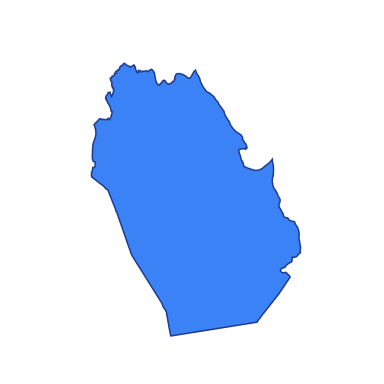 Kayonza, Eastern, Rwanda (Equal Earth projection), rotated 152°
{"feature_id": "39286606B59170295238138", "entity_name": "Kayonza", "entity_type": "district", "adm_level": 2, "iso_a3": "RWA", "parent_name": "Rwanda", "parent_adm1": "Eastern", "projection": "equal_earth", "projection_center": [30.553, -1.862], "detail": "fine", "context": "isolated", "style": "filled", "palette": "blue", "viewbox_px": 384, "rotation_deg": 152, "n_neighbors": 0, "source": "geoboundaries", "source_scale": "gbopen_adm2", "svg_char_len": 5994}
<svg xmlns="http://www.w3.org/2000/svg" viewBox="0 0 384 384"><g transform="rotate(152 192 192)"><path d="M131.7,297.9L133.6,297.5L139.8,293.5L141.6,294.2L142.4,295.2L142.9,296.8L144.2,299.0L145.1,299.9L145.4,300.7L146.3,301.3L147.4,302.4L148.6,303.1L150.1,303.3L150.2,303.5L150.7,303.5L151.0,303.3L151.9,302.4L152.4,302.2L153.1,301.7L153.9,300.4L154.1,299.9L154.3,299.7L154.8,299.6L155.3,298.6L155.5,298.5L155.9,298.5L156.5,298.4L157.2,298.7L157.5,298.3L157.6,298.2L158.3,298.2L158.6,298.0L159.3,297.8L160.2,297.9L160.6,298.1L161.2,297.9L161.4,298.1L161.6,298.1L162.8,299.0L163.3,300.7L163.8,301.5L163.8,301.9L163.4,302.7L163.4,302.9L163.5,303.2L164.1,303.8L164.9,303.8L165.3,303.7L165.8,303.7L166.4,303.8L167.0,302.8L168.3,302.4L168.7,302.7L168.9,302.5L169.1,302.6L169.3,302.4L169.9,301.9L170.4,301.9L170.9,302.2L171.2,302.1L172.1,304.9L171.4,308.2L171.2,309.0L171.0,309.5L170.5,311.6L169.7,313.1L169.6,313.6L169.3,316.9L170.0,319.3L170.8,319.3L171.6,319.6L172.9,319.2L173.5,319.1L173.8,319.2L174.5,319.1L174.7,319.3L175.0,320.3L175.4,320.5L176.5,320.6L177.8,321.3L178.4,321.5L178.7,321.8L179.2,321.8L179.5,321.6L180.1,321.6L180.6,323.2L180.9,323.7L181.8,324.3L182.5,324.5L183.0,322.5L183.6,322.8L184.3,323.7L184.6,323.9L184.2,325.7L184.3,326.9L184.0,327.8L183.7,328.0L183.5,328.6L183.4,329.4L183.5,329.6L183.5,329.8L183.6,331.5L184.5,331.3L188.0,331.3L188.2,331.8L188.2,332.2L188.8,332.9L189.3,333.6L190.0,334.4L190.6,336.0L191.3,337.2L191.5,337.5L192.1,337.3L192.7,337.3L193.0,337.0L193.2,336.6L193.5,336.4L193.9,336.7L194.4,336.7L194.6,336.6L194.8,336.6L195.1,336.5L195.5,336.7L196.1,336.6L197.2,336.0L197.7,335.6L197.8,335.2L198.1,335.1L198.5,334.6L198.9,334.4L199.5,334.5L199.9,334.3L200.5,334.5L200.5,334.2L201.4,333.9L201.5,334.0L201.7,333.9L202.4,334.2L202.7,334.1L202.7,332.9L202.9,332.4L203.7,332.5L204.0,332.7L204.6,333.3L204.8,333.3L205.0,332.5L205.3,332.0L206.1,331.3L207.0,331.2L207.9,331.8L208.4,331.7L208.5,331.4L208.8,330.9L209.2,331.0L209.8,330.7L210.6,330.8L210.5,330.4L211.1,329.9L211.3,328.9L211.4,327.8L211.3,327.6L211.1,327.4L211.1,327.0L211.3,326.6L211.5,326.4L211.6,326.2L211.6,325.2L212.1,325.1L212.5,324.6L213.0,322.9L212.7,322.4L213.2,321.7L213.0,321.2L212.8,321.0L213.2,320.4L212.8,319.9L213.1,319.2L214.0,318.0L214.3,317.2L215.6,316.1L216.2,315.6L216.2,315.4L218.3,313.9L218.4,314.3L217.5,318.6L219.4,319.1L219.4,318.6L222.7,317.1L223.9,316.0L223.9,315.4L224.1,315.2L223.9,315.2L224.5,312.2L224.3,311.1L224.6,310.1L224.4,308.9L224.3,305.8L224.5,304.5L225.4,301.1L225.1,300.9L225.1,300.3L224.7,300.2L228.4,296.3L230.8,294.5L231.0,295.0L231.4,296.5L232.5,296.0L233.6,296.0L234.6,296.5L235.3,297.3L236.3,297.9L236.7,297.9L237.0,298.1L237.3,298.0L237.5,298.7L237.8,298.9L238.6,299.7L239.2,300.0L246.8,297.5L247.4,293.8L248.1,291.4L249.1,289.2L250.0,287.7L252.2,285.2L256.7,281.0L259.5,276.9L263.8,269.3L264.3,268.0L264.7,266.5L264.8,265.4L264.0,264.6L263.7,264.5L263.5,264.2L264.2,262.4L265.2,260.8L266.0,259.8L266.4,259.6L267.1,259.6L268.0,260.3L269.1,259.1L269.2,258.0L269.4,257.8L271.5,256.7L271.8,255.2L272.8,254.6L273.0,254.1L273.1,253.6L273.0,252.9L273.1,252.7L273.5,252.5L267.1,238.1L266.5,235.1L265.3,233.7L267.7,212.0L268.2,210.7L268.2,210.3L267.9,209.8L274.8,165.4L274.5,164.3L274.8,163.8L272.5,131.0L271.2,113.9L270.8,107.0L271.0,106.7L271.1,106.4L271.3,104.6L271.1,101.3L270.9,100.7L271.0,100.1L270.9,98.3L272.9,92.1L277.8,77.0L277.9,76.7L277.8,76.3L277.9,75.7L278.3,75.2L278.2,74.8L195.5,46.5L194.2,47.5L193.2,48.0L192.1,48.4L189.4,49.7L162.9,61.4L145.3,70.8L145.2,71.3L145.5,73.3L146.2,74.4L146.6,76.6L147.4,77.3L149.0,77.5L150.1,78.3L150.7,79.3L150.7,80.1L151.0,81.0L150.4,81.6L149.9,81.8L149.4,82.3L144.8,82.0L144.1,82.6L142.8,83.0L142.0,83.5L141.4,83.3L139.5,83.6L137.3,83.5L136.8,83.9L135.9,84.1L135.8,84.9L134.9,86.0L134.6,86.4L134.5,86.9L134.4,87.0L134.2,87.0L134.0,87.5L133.6,86.9L132.9,86.5L130.6,85.9L129.9,85.9L126.9,87.1L125.5,87.3L124.6,87.6L124.4,88.7L124.2,89.3L123.6,89.7L122.0,92.4L121.7,93.3L121.5,94.2L119.0,101.5L118.5,102.4L117.4,104.0L116.4,106.6L116.0,107.5L115.9,107.9L115.8,109.4L115.4,111.1L115.8,114.2L115.8,114.7L115.8,115.5L115.6,116.7L115.4,117.2L115.9,118.3L117.8,119.3L118.0,119.8L118.1,120.1L118.4,120.3L119.3,121.5L119.5,123.4L119.8,124.3L121.4,125.5L121.9,126.0L122.2,127.0L122.3,128.3L122.2,129.1L122.0,129.4L121.8,130.4L121.8,131.3L121.9,132.0L121.9,133.9L121.8,134.3L122.0,136.1L121.9,139.1L121.8,139.3L121.0,140.1L120.8,140.5L120.2,140.8L119.5,141.5L118.3,143.0L118.0,143.5L117.8,143.9L117.7,144.7L117.8,146.9L117.7,148.7L117.6,149.8L117.4,151.1L117.5,151.4L117.5,154.2L117.9,156.7L117.8,157.6L117.4,160.3L116.8,161.6L116.5,162.8L116.2,163.5L114.4,166.7L114.1,167.0L113.3,167.4L112.7,168.1L112.3,168.8L111.0,170.9L109.4,173.7L108.7,175.0L108.6,175.3L107.8,177.3L106.4,181.8L105.7,183.2L110.2,181.4L114.0,180.9L116.8,180.3L118.3,179.9L120.6,179.8L123.2,180.2L125.6,181.1L127.4,182.6L132.2,187.6L133.7,189.7L134.2,190.2L133.8,191.2L133.6,192.0L133.1,195.5L133.2,196.2L133.4,196.7L133.4,197.5L133.0,198.4L132.6,200.0L132.2,202.1L132.2,202.9L131.7,204.7L131.8,204.7L131.8,205.3L131.7,206.0L130.5,207.2L130.2,207.2L129.8,207.5L128.3,206.7L126.9,206.5L125.1,205.3L124.6,204.5L123.8,205.4L123.6,205.1L123.4,205.0L123.1,205.1L122.9,205.0L122.7,205.1L122.8,205.4L122.6,205.5L122.5,206.3L122.2,206.9L122.2,207.2L122.0,207.8L122.1,208.8L121.9,209.2L122.0,209.5L122.2,210.4L122.4,210.9L122.3,213.1L122.5,213.7L122.9,214.5L122.4,214.9L121.9,215.8L121.8,216.6L121.7,217.8L121.9,219.3L122.5,220.5L123.6,222.3L123.7,222.6L125.0,225.2L126.0,228.8L126.5,232.0L126.5,233.0L126.2,235.0L126.1,237.6L126.4,238.4L126.4,239.9L126.5,240.7L126.5,241.6L126.8,244.4L126.4,246.4L126.0,247.7L125.9,248.5L126.2,250.0L126.2,251.2L126.4,251.7L126.5,253.1L126.6,253.5L126.6,254.0L127.0,255.8L127.1,257.2L126.9,258.2L127.0,259.8L127.7,262.2L127.7,263.2L127.9,265.7L128.5,267.5L129.3,268.8L129.6,270.4L132.0,273.8L132.9,280.3L132.7,285.6L132.0,288.0L131.8,290.3L132.2,295.3L131.7,297.9Z" fill="#3b82f6" stroke="#1e3a8a" stroke-width="1.5"/></g></svg>